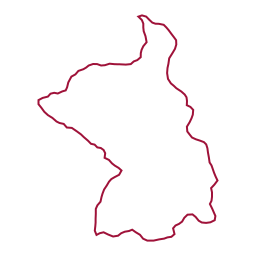 Angelândia, Minas Gerais, Brazil
{"feature_id": "56859067B14404112406063", "entity_name": "Angelândia", "entity_type": "district", "adm_level": 2, "iso_a3": "BRA", "parent_name": "Brazil", "parent_adm1": "Minas Gerais", "projection": "orthographic", "projection_center": [-42.284, -17.692], "detail": "fine", "context": "isolated", "style": "outline", "palette": "rose", "viewbox_px": 256, "rotation_deg": 0, "n_neighbors": 0, "source": "geoboundaries", "source_scale": "gbopen_adm2", "svg_char_len": 2096}
<svg xmlns="http://www.w3.org/2000/svg" viewBox="0 0 256 256"><path d="M159.1,239.4L164.2,238.6L167.4,237.4L171.4,236.8L174.5,234.1L173.1,228.3L175.5,225.5L179.0,223.9L182.1,221.6L184.3,217.8L187.5,214.7L192.5,214.4L195.6,216.9L198.7,220.7L201.8,222.5L206.1,222.9L210.4,222.3L214.7,220.2L215.4,216.0L214.0,212.8L212.3,208.9L209.9,204.0L211.5,200.8L212.0,196.9L212.0,192.3L211.1,188.1L214.4,184.6L217.5,180.5L215.6,176.5L214.0,172.6L212.7,168.8L211.5,165.4L209.6,162.5L208.9,157.6L208.0,152.7L207.4,148.2L206.2,144.4L203.9,142.1L199.9,140.6L195.9,139.3L192.0,137.5L189.7,134.6L187.3,131.5L186.9,126.7L189.7,122.1L191.5,118.3L192.8,114.7L193.2,109.9L190.4,106.9L186.8,105.2L187.0,101.0L186.5,97.3L184.7,94.5L181.3,91.5L176.3,88.2L173.8,85.8L170.9,83.4L168.0,78.9L167.1,73.1L167.5,68.0L168.4,63.9L169.2,58.3L172.7,52.7L175.0,48.8L176.3,44.5L176.1,40.2L174.0,37.3L171.4,33.9L168.6,30.1L166.3,27.4L163.7,24.8L158.8,23.8L155.4,23.7L152.3,22.6L149.2,19.7L146.2,16.6L142.0,15.4L138.4,16.6L141.9,20.1L143.3,23.6L143.3,27.5L143.7,31.2L145.5,36.2L146.6,42.2L143.3,46.2L141.6,49.8L140.8,53.1L140.7,57.2L137.3,60.1L133.8,61.4L130.8,64.1L125.8,64.6L120.0,64.3L114.8,64.2L109.6,63.7L104.9,65.2L101.1,65.5L97.2,64.1L93.1,64.0L88.7,65.5L86.1,67.6L83.4,69.2L78.4,70.9L75.4,74.4L71.4,76.6L68.3,82.4L67.1,87.3L65.7,90.4L62.3,91.4L57.8,93.5L54.2,92.8L50.5,93.7L47.9,96.6L42.7,97.9L38.5,100.1L38.5,104.2L41.4,107.8L44.3,111.8L48.0,115.2L52.4,117.9L56.5,121.5L59.5,123.0L63.7,123.9L66.8,127.5L71.8,127.9L76.6,131.2L81.0,134.4L83.8,137.1L88.0,140.7L91.0,143.8L94.6,144.6L97.3,147.4L100.8,148.0L103.6,150.0L105.2,153.2L104.6,157.8L108.9,159.9L112.0,163.4L114.8,165.6L118.6,167.9L121.5,170.5L119.1,174.8L114.5,177.2L111.3,179.1L109.0,181.7L106.9,185.3L104.1,189.5L102.5,193.7L101.5,197.1L100.5,201.7L97.4,205.3L95.8,208.9L95.8,213.9L95.6,218.8L95.6,222.6L95.3,226.3L94.8,230.7L96.5,234.9L99.8,233.2L103.6,232.3L108.1,234.5L113.1,236.5L118.1,235.7L121.2,233.2L124.8,231.7L129.0,231.0L132.2,229.7L135.7,232.2L140.0,234.8L143.1,238.7L147.3,240.6L153.6,240.6L159.1,239.4Z" fill="none" stroke="#9f1239" stroke-width="2"/></svg>